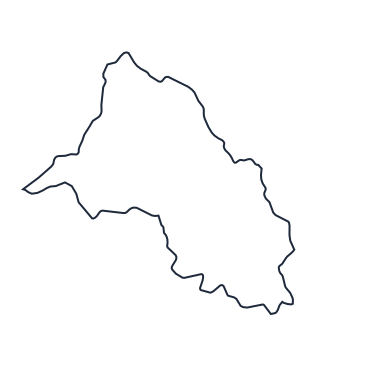 Pardubický, Mercator projection, rotated 212°
{"feature_id": "CZE-10373", "entity_name": "Pardubický", "entity_type": "Region", "adm_level": 1, "iso_a3": "CZE", "parent_name": "Czechia", "parent_adm1": "", "projection": "mercator", "projection_center": [16.129, 49.893], "detail": "fine", "context": "isolated", "style": "outline", "palette": "slate", "viewbox_px": 384, "rotation_deg": 212, "n_neighbors": 0, "source": "natural_earth", "source_scale": "10m", "svg_char_len": 2903}
<svg xmlns="http://www.w3.org/2000/svg" viewBox="0 0 384 384"><g transform="rotate(212 192 192)"><path d="M282.7,123.2L289.2,129.2L297.1,133.3L304.8,132.8L310.7,124.8L314.9,121.7L317.2,118.5L319.2,114.5L322.6,109.3L326.9,105.7L330.6,105.1L334.4,105.4L336.7,104.8L329.6,123.1L324.8,139.1L324.5,142.2L325.7,145.4L326.0,146.4L326.1,148.4L325.8,149.6L325.3,150.6L324.5,151.5L318.6,155.6L314.8,159.8L313.6,160.6L312.9,160.9L309.7,162.7L309.1,164.3L309.2,165.7L310.5,168.0L311.0,169.3L311.4,170.8L312.2,177.3L313.6,183.0L313.7,184.7L313.6,192.7L313.8,199.7L310.8,206.3L310.5,208.6L310.9,211.1L311.9,213.2L315.0,217.8L322.8,233.8L323.3,238.7L324.0,240.3L325.0,241.4L328.0,242.5L329.9,245.4L331.3,255.3L325.5,261.4L325.0,263.5L324.5,269.3L323.4,273.7L321.5,275.7L319.4,276.2L309.9,271.3L305.5,269.8L300.8,269.4L294.4,269.8L292.7,269.6L290.3,268.5L288.9,268.1L278.8,268.1L277.1,268.8L276.2,270.1L275.9,272.5L275.6,274.5L275.0,275.7L273.3,277.0L250.9,279.2L246.3,278.8L242.6,277.7L234.9,272.7L228.2,270.2L226.2,268.8L224.8,266.8L223.6,264.7L221.9,262.5L219.5,260.5L212.4,255.7L206.8,252.9L203.0,251.8L198.1,251.5L194.0,251.9L192.0,251.5L190.5,250.5L189.9,249.2L189.4,247.7L188.0,246.3L185.9,245.1L181.6,244.2L178.7,243.2L176.2,241.9L173.5,240.1L172.2,239.6L171.1,239.5L170.3,240.3L169.9,241.0L169.0,243.4L168.3,244.5L167.4,245.2L165.3,246.0L164.4,246.5L161.5,249.8L159.6,251.0L157.9,251.0L155.8,250.4L153.2,249.3L151.5,249.4L150.2,250.1L145.4,248.8L142.4,242.8L139.8,239.3L136.7,236.8L131.8,234.4L131.1,233.7L130.7,232.7L130.2,229.7L129.6,228.4L128.6,227.3L125.9,225.6L120.9,224.4L112.2,217.6L108.9,216.7L94.5,217.9L93.4,217.3L91.4,215.1L86.5,207.1L82.9,202.8L74.7,197.3L74.9,195.0L75.7,192.0L76.6,189.2L77.1,187.5L77.3,185.8L77.4,180.0L77.5,178.7L77.8,177.8L78.2,176.8L78.7,175.3L78.4,173.9L76.6,171.7L75.2,170.6L73.9,169.9L71.4,169.2L69.9,168.1L63.0,161.4L61.7,160.6L55.3,158.5L50.8,155.6L49.4,154.2L47.3,150.7L48.2,149.3L51.7,147.6L55.5,146.6L57.2,146.7L57.6,143.6L57.7,142.6L57.6,141.6L56.9,138.3L56.7,136.8L56.7,135.2L56.9,134.2L57.3,133.4L60.5,130.3L70.9,134.3L72.3,134.2L83.9,123.3L87.5,121.5L90.4,121.2L97.8,124.9L100.6,124.9L106.4,123.2L107.4,123.5L115.1,128.8L116.5,129.1L117.7,128.7L118.6,127.6L121.1,119.6L122.0,117.7L123.2,116.3L132.6,113.5L133.6,113.9L134.3,114.9L136.1,122.5L137.4,125.6L138.2,126.7L138.9,127.4L139.7,127.6L140.8,127.1L152.9,115.2L154.6,114.3L162.5,114.2L167.8,115.8L168.8,116.6L169.4,117.7L169.6,119.3L169.6,125.3L170.0,127.2L170.9,128.7L172.4,129.8L183.2,132.0L184.4,132.9L185.8,135.9L187.7,138.7L189.9,140.7L192.1,141.9L193.7,142.3L194.4,142.9L197.4,146.7L198.3,147.3L200.5,147.8L207.9,154.2L210.6,152.1L213.5,150.9L230.5,149.3L233.0,148.0L234.2,146.9L235.1,145.6L235.8,143.9L236.7,140.2L237.5,138.9L238.6,138.0L258.2,128.7L259.3,127.3L259.7,125.4L259.9,121.4L260.3,119.7L260.9,118.2L261.7,117.2L262.7,116.7L282.7,123.2Z" fill="none" stroke="#1e293b" stroke-width="2"/></g></svg>